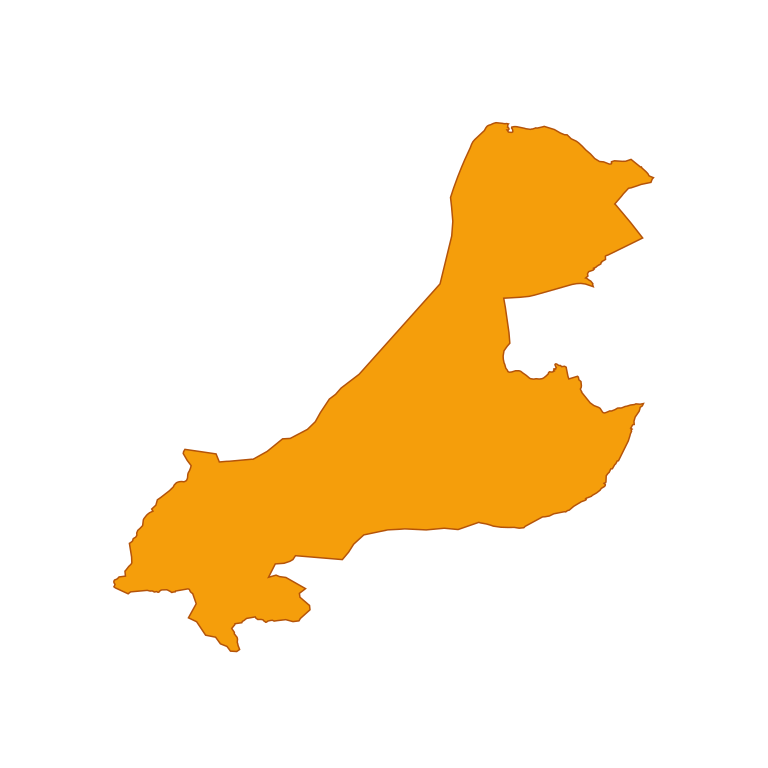 outline of Kpone Katamanso, Greater Accra, Ghana, rotated 260°
{"feature_id": "2480657B63581433334614", "entity_name": "Kpone Katamanso", "entity_type": "district", "adm_level": 2, "iso_a3": "GHA", "parent_name": "Ghana", "parent_adm1": "Greater Accra", "projection": "equal_earth", "projection_center": [-0.063, 5.768], "detail": "fine", "context": "isolated", "style": "filled", "palette": "amber", "viewbox_px": 768, "rotation_deg": 260, "n_neighbors": 0, "source": "geoboundaries", "source_scale": "gbopen_adm2", "svg_char_len": 6152}
<svg xmlns="http://www.w3.org/2000/svg" viewBox="0 0 768 768"><g transform="rotate(260 384 384)"><path d="M267.7,601.6L285.5,614.7L290.5,617.3L291.8,617.8L294.5,619.6L295.9,619.4L296.5,620.5L297.7,619.2L298.9,620.5L299.8,621.0L300.8,622.2L300.7,623.4L303.9,623.7L307.8,625.6L312.8,630.5L315.1,631.7L316.5,632.2L317.6,634.6L319.7,636.1L319.6,632.8L320.7,628.6L320.3,627.1L320.5,623.1L320.0,619.5L320.0,617.5L319.2,614.0L319.3,612.4L319.5,611.8L319.7,609.8L318.6,606.9L317.9,603.3L318.3,601.5L317.9,600.2L317.3,597.3L317.2,595.9L317.9,594.7L318.5,594.3L322.5,592.6L323.7,591.3L326.3,587.0L329.7,583.7L341.5,577.2L341.9,577.4L343.9,576.7L345.0,576.5L346.2,577.5L347.9,578.1L352.2,578.4L354.4,576.6L356.1,576.7L356.6,576.5L357.0,576.6L357.5,576.3L358.0,575.9L356.9,566.9L359.7,566.5L368.1,566.3L368.8,566.4L370.1,564.9L370.2,562.6L370.3,561.8L371.4,561.2L371.7,560.7L371.8,559.6L372.1,559.1L373.1,558.2L373.8,557.3L374.0,556.4L373.6,555.8L372.6,555.8L370.1,556.5L369.4,555.3L368.9,555.4L369.0,554.4L369.3,554.2L369.3,553.9L368.4,554.0L368.1,553.4L367.5,553.3L367.2,553.8L366.7,552.5L366.6,551.4L366.9,550.2L367.3,549.3L366.9,548.4L366.4,547.9L365.5,547.6L363.8,545.1L362.2,542.2L361.8,540.5L361.9,538.1L362.1,537.1L362.8,534.7L362.8,532.2L363.7,529.5L364.3,528.5L367.8,525.6L370.9,522.5L372.8,520.8L373.6,519.2L374.2,515.9L373.7,511.9L373.8,509.5L374.8,508.1L375.9,508.0L378.4,506.7L382.5,506.3L384.0,505.9L387.7,505.8L390.9,506.2L395.8,507.9L399.7,511.8L402.3,515.0L413.0,516.0L438.2,516.8L447.7,516.8L445.8,532.9L445.1,542.1L445.4,547.6L449.4,586.7L449.4,591.2L448.9,595.3L447.5,599.7L443.5,607.0L445.6,606.7L446.5,607.1L449.4,605.5L450.7,604.0L453.0,601.8L453.4,601.0L454.9,603.6L457.1,603.5L457.7,603.9L459.1,605.1L459.8,609.7L460.8,611.1L461.6,610.5L462.3,613.2L462.8,613.8L463.6,615.6L463.9,616.0L463.9,616.7L464.7,618.5L465.7,618.7L466.1,619.5L466.7,619.7L467.1,620.8L468.2,623.8L471.4,624.2L471.9,625.1L472.1,626.9L482.9,664.1L500.3,654.8L520.1,643.4L521.2,642.5L527.7,650.5L529.7,652.7L534.3,658.8L534.3,661.5L535.3,668.4L535.9,671.9L536.2,681.9L539.2,683.7L540.4,685.2L542.3,682.1L543.1,681.1L545.3,680.4L547.6,678.9L552.0,675.5L553.1,675.2L553.2,674.2L562.3,666.3L561.4,660.6L561.9,657.4L563.8,649.7L563.4,646.6L563.0,646.4L562.3,646.6L561.7,646.4L561.3,645.9L561.4,644.2L564.6,638.9L565.7,634.9L569.4,630.7L574.7,627.3L579.4,623.4L583.8,620.5L587.6,617.6L589.7,615.6L593.0,610.9L597.6,607.6L598.1,605.1L600.6,601.2L605.0,596.0L609.9,586.5L609.7,585.0L609.4,579.2L609.9,577.9L609.7,577.2L609.3,574.4L609.3,573.9L609.5,573.4L609.3,572.5L609.8,571.0L610.7,568.2L611.5,566.6L614.2,559.8L614.6,558.5L614.9,556.6L614.8,554.4L613.8,554.1L613.1,554.6L611.4,554.8L610.6,554.8L609.9,554.5L609.6,553.6L609.9,552.1L610.5,550.3L612.8,549.3L612.5,550.6L613.3,551.4L614.3,551.3L615.6,550.2L616.0,550.6L617.9,550.9L618.5,551.7L619.2,550.1L619.3,548.4L619.7,547.0L620.1,546.0L621.9,539.7L621.8,538.6L621.6,536.9L621.1,534.9L620.8,534.2L620.7,532.5L620.2,530.8L619.7,530.0L618.5,528.7L616.2,526.9L609.0,515.9L607.2,513.7L604.9,511.9L601.7,510.0L590.9,502.5L584.0,498.0L575.1,492.5L564.9,486.6L556.1,481.9L546.5,481.3L532.2,480.0L518.0,476.4L472.9,456.6L397.9,361.2L387.5,341.1L382.2,334.5L378.7,327.6L366.9,316.4L358.8,309.8L352.6,300.7L346.7,282.2L347.6,274.6L337.9,257.2L332.6,241.9L332.9,240.6L334.8,218.0L335.2,215.3L335.8,208.3L342.7,206.8L344.3,206.5L349.1,192.1L354.2,176.6L352.2,174.9L350.4,174.2L343.0,176.9L337.1,179.9L334.7,178.8L333.1,177.8L331.6,176.8L331.4,176.5L330.2,175.6L328.7,175.0L325.6,174.2L324.0,173.3L323.1,172.4L322.5,170.6L322.5,169.7L323.1,167.8L323.3,165.8L323.2,164.1L322.8,162.4L321.0,159.9L319.4,158.8L318.6,157.8L318.3,157.2L317.9,156.8L317.6,156.1L317.2,155.8L315.8,153.5L311.0,144.4L309.3,140.7L304.3,138.3L301.2,133.5L298.9,134.4L297.9,130.7L296.8,128.6L296.0,127.4L293.2,124.3L292.0,123.4L286.7,121.8L286.3,121.5L284.3,118.8L282.6,116.1L280.4,114.7L279.7,114.5L278.1,114.4L276.7,113.3L276.2,112.7L275.4,110.5L275.1,110.1L274.6,109.8L273.7,109.5L273.1,109.1L272.6,108.4L271.7,106.7L271.3,105.6L257.5,105.4L251.7,104.6L250.9,104.0L250.2,103.3L248.7,101.0L245.5,97.5L244.7,96.4L239.7,96.0L240.0,89.6L239.2,88.5L238.6,87.8L238.1,86.4L237.8,84.7L237.4,84.2L236.2,83.6L235.6,83.6L235.1,83.6L234.0,84.1L233.3,84.3L231.9,83.4L231.2,82.8L229.8,84.1L221.8,95.6L223.3,98.3L221.9,115.0L220.7,117.7L220.5,119.6L220.2,120.3L219.3,121.3L219.0,121.9L219.1,123.9L218.1,125.3L218.2,126.3L218.7,126.9L219.0,127.1L219.6,128.3L219.8,129.5L219.1,134.3L218.8,134.9L216.5,137.9L215.8,138.4L215.5,138.9L215.7,140.3L215.6,142.4L216.3,142.7L216.3,154.8L216.2,155.5L215.8,156.3L215.3,156.7L213.2,157.2L212.0,158.0L210.8,159.2L200.2,160.9L187.7,150.8L182.4,158.2L167.6,164.7L163.9,174.2L156.5,177.8L152.8,183.8L147.6,186.4L146.1,192.5L147.6,195.7L148.9,195.5L151.6,194.9L154.2,194.8L155.0,194.6L158.0,195.4L159.4,195.4L160.3,195.2L161.8,194.3L162.2,194.2L163.9,193.2L165.4,193.5L169.7,191.6L172.9,195.3L173.8,195.6L173.6,202.5L174.8,203.3L175.3,204.8L177.0,208.0L177.0,216.8L175.8,217.1L174.0,218.8L173.5,222.0L172.9,223.6L172.4,224.1L171.3,224.7L170.9,225.3L169.9,226.1L169.9,227.0L170.7,228.5L170.8,230.1L170.8,231.9L170.7,233.1L169.6,234.6L169.5,237.9L169.0,246.3L165.8,253.1L165.5,259.1L167.6,260.9L174.5,271.9L178.8,272.2L188.6,264.2L192.5,264.3L196.1,271.2L210.5,253.8L212.5,247.6L214.5,244.5L213.7,236.7L225.7,245.7L224.8,254.5L225.7,260.5L226.9,263.8L230.3,267.0L218.3,312.5L224.5,319.9L231.5,326.3L238.9,337.9L239.7,362.4L238.2,374.5L237.7,379.4L233.0,400.2L231.5,418.3L227.8,431.7L231.3,453.3L230.5,454.8L228.4,460.5L226.3,464.8L225.1,466.8L222.7,474.1L221.1,481.6L220.2,487.3L218.9,491.0L218.5,492.4L218.2,496.8L219.3,498.3L221.1,503.6L225.6,517.1L225.3,519.4L225.3,523.9L226.7,528.7L226.7,529.6L226.9,539.4L226.5,540.8L227.5,542.8L227.6,544.5L230.6,549.6L233.8,557.9L234.4,561.3L234.8,562.7L235.4,563.1L236.0,562.7L236.4,563.4L237.4,568.7L238.2,569.9L239.8,574.4L241.9,578.4L242.8,579.1L243.6,580.3L244.8,583.4L245.6,584.2L246.5,584.5L248.0,583.4L248.4,585.2L249.1,585.6L255.0,586.9L257.0,589.0L257.9,590.4L261.0,592.6L260.9,594.2L264.6,597.3L265.1,598.3L267.7,600.3L267.7,601.6Z" fill="#f59e0b" stroke="#b45309" stroke-width="1.5"/></g></svg>